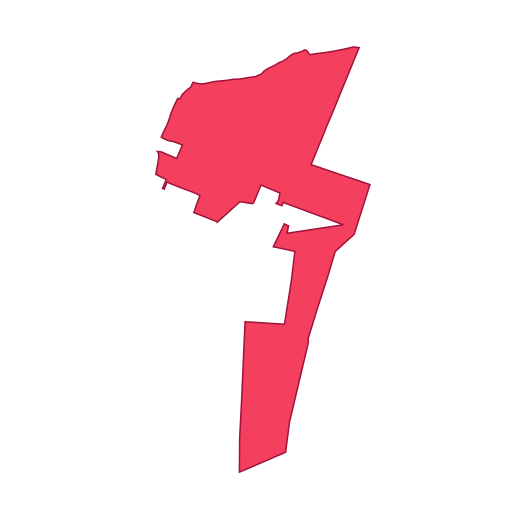 outline of San Sebastián Abasolo, Oaxaca, Mexico, rotated 275°
{"feature_id": "50627088B24853536589407", "entity_name": "San Sebastián Abasolo", "entity_type": "district", "adm_level": 2, "iso_a3": "MEX", "parent_name": "Mexico", "parent_adm1": "Oaxaca", "projection": "mercator", "projection_center": [-96.592, 16.987], "detail": "fine", "context": "isolated", "style": "filled", "palette": "rose", "viewbox_px": 512, "rotation_deg": 275, "n_neighbors": 0, "source": "geoboundaries", "source_scale": "gbopen_adm2", "svg_char_len": 2999}
<svg xmlns="http://www.w3.org/2000/svg" viewBox="0 0 512 512"><g transform="rotate(275 256 256)"><path d="M189.5,250.9L183.3,251.1L114.3,254.1L73.0,255.6L39.2,258.3L63.1,302.6L93.8,303.9L173.6,315.6L178.7,315.2L206.2,321.1L234.2,327.5L235.7,327.8L238.9,328.6L246.9,330.3L267.4,334.5L286.2,351.9L337.1,363.3L339.4,354.0L343.9,335.3L346.4,325.0L348.7,315.7L351.0,306.4L351.8,303.0L352.4,303.1L353.0,303.3L353.7,303.5L354.5,303.8L355.3,304.0L356.2,304.3L356.8,304.5L357.6,304.7L358.3,305.0L359.3,305.3L360.1,305.5L361.0,305.8L361.5,305.9L362.2,306.1L362.7,306.3L363.6,306.6L364.1,306.7L364.3,306.8L364.7,306.9L365.2,307.1L366.2,307.4L366.9,307.6L367.6,307.8L368.2,308.0L368.9,308.2L369.5,308.4L370.2,308.6L371.4,309.0L372.0,309.2L372.8,309.4L373.6,309.7L374.5,310.0L375.3,310.2L375.4,310.3L376.2,310.5L377.1,310.8L378.1,311.1L379.2,311.5L380.1,311.7L380.9,312.0L381.6,312.2L382.4,312.4L382.9,312.6L383.0,312.6L383.6,312.8L384.5,313.1L385.3,313.3L386.0,313.5L387.3,313.9L388.3,314.2L389.1,314.4L389.6,314.6L390.1,314.7L399.2,317.7L407.6,320.4L416.6,323.2L424.5,325.6L431.9,327.9L450.5,333.7L472.6,340.6L472.8,335.2L471.4,330.7L469.7,325.5L466.3,313.6L464.7,307.1L462.7,297.8L461.3,292.4L461.8,291.3L464.6,289.3L465.4,287.8L465.5,286.1L464.2,284.8L463.5,282.9L462.1,280.3L461.8,278.9L461.1,276.1L460.3,275.1L458.6,272.6L456.5,270.6L454.8,269.1L453.8,267.4L452.1,265.4L451.3,263.3L450.1,261.2L447.8,258.4L445.4,254.2L442.9,250.2L441.0,248.0L437.8,245.6L436.0,242.0L434.7,240.2L433.3,233.7L430.6,223.1L430.3,218.9L428.6,212.2L426.3,199.9L424.8,194.9L423.0,188.9L422.6,185.1L423.2,180.0L423.7,178.4L422.9,177.8L420.5,177.0L418.5,176.3L417.8,175.4L415.2,172.6L413.0,170.6L411.0,168.9L410.3,168.4L408.5,167.6L405.7,166.5L406.3,164.3L404.3,163.6L401.7,162.5L400.1,161.9L398.5,161.3L396.4,160.6L393.7,159.8L391.1,159.0L389.9,158.7L389.1,158.5L388.9,158.6L387.9,158.3L385.7,157.8L384.1,157.4L382.7,157.0L381.2,156.6L380.1,156.3L379.5,156.1L378.3,155.7L377.5,155.4L377.0,155.2L376.7,155.1L376.2,154.9L374.5,154.2L372.3,153.3L370.8,152.8L369.8,152.5L367.5,151.7L366.6,151.4L366.2,151.2L365.4,152.7L365.0,153.6L364.4,155.2L364.0,156.5L363.6,157.4L363.4,158.5L363.1,160.0L362.8,163.3L362.0,166.8L361.1,170.0L360.1,173.0L358.9,172.6L356.0,171.6L353.7,170.9L348.6,169.2L346.2,168.4L346.3,168.1L347.5,164.6L349.5,158.5L351.3,153.3L351.5,151.9L351.5,148.7L351.1,149.1L349.2,150.0L346.8,150.6L341.4,150.2L333.3,149.5L329.6,149.2L328.7,149.0L325.7,156.3L325.0,158.8L324.3,159.9L315.2,157.0L314.8,158.3L314.6,158.8L315.0,158.9L321.5,160.8L321.9,161.5L321.0,163.3L318.6,171.3L318.3,172.4L318.2,172.6L316.3,179.2L315.0,184.2L314.8,184.9L313.0,190.7L311.4,194.9L304.5,192.9L293.9,190.3L293.7,190.8L286.7,214.4L286.3,214.5L308.7,235.3L307.8,247.7L308.7,249.0L327.1,254.8L320.8,274.4L313.2,273.5L310.0,271.4L308.4,277.4L311.7,278.4L294.7,340.4L288.8,315.8L281.4,285.0L288.8,285.8L290.5,281.4L266.7,272.4L264.0,294.3L235.2,293.4L190.5,290.3L189.8,259.5L189.5,250.9Z" fill="#f43f5e" stroke="#9f1239" stroke-width="1.5"/></g></svg>